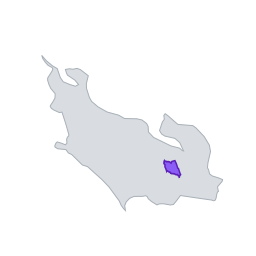 Tilaran, Guanacaste, Costa Rica shown in context, rotated 163°
{"feature_id": "36466004B12916636175246", "entity_name": "Tilaran", "entity_type": "district", "adm_level": 2, "iso_a3": "CRI", "parent_name": "Costa Rica", "parent_adm1": "Guanacaste", "projection": "equal_earth", "projection_center": [-84.874, 10.487], "detail": "fine", "context": "in_parent", "style": "filled", "palette": "violet", "viewbox_px": 256, "rotation_deg": 163, "n_neighbors": 0, "source": "geoboundaries", "source_scale": "gbopen_adm2", "svg_char_len": 3641}
<svg xmlns="http://www.w3.org/2000/svg" viewBox="0 0 256 256"><g transform="rotate(163 128 128)"><path d="M203.4,131.1L203.2,132.3L202.4,133.4L201.3,134.6L199.8,135.4L196.2,133.0L192.7,130.2L190.8,131.5L190.0,135.1L188.7,136.9L187.1,137.7L186.5,138.9L186.3,151.0L186.5,162.5L189.1,162.8L193.6,166.8L195.5,169.1L196.1,171.3L195.5,172.3L192.3,174.9L189.1,178.0L187.6,182.0L190.3,188.4L190.9,192.7L190.9,197.2L190.1,199.4L184.0,204.6L182.6,206.5L182.8,207.8L186.2,211.4L187.8,214.9L189.2,219.1L189.3,222.7L186.3,216.0L182.0,209.5L178.3,205.5L178.0,196.3L176.5,191.2L170.9,186.6L166.1,183.3L162.6,184.0L164.8,189.3L170.4,196.2L170.8,198.8L170.7,202.3L166.8,201.8L163.4,200.3L159.3,199.9L156.5,197.8L150.7,189.6L154.8,182.7L156.1,178.1L156.0,168.6L155.0,164.0L150.5,157.0L143.3,149.4L133.3,143.1L128.6,138.1L116.8,134.2L112.3,131.6L108.9,126.9L108.3,123.5L109.6,118.2L106.3,111.5L92.3,98.4L84.5,93.6L82.8,90.7L81.6,89.8L82.8,98.9L86.2,104.4L95.1,109.5L97.6,112.4L98.6,116.3L93.4,123.7L90.8,125.6L90.0,129.6L88.3,130.8L86.5,128.5L79.3,116.9L65.3,111.3L62.8,107.9L57.6,97.4L55.2,87.7L56.0,81.3L61.8,71.2L63.6,66.9L63.2,64.2L63.4,60.2L61.3,57.4L56.0,53.8L52.6,51.0L53.5,49.5L59.6,45.6L60.0,42.1L60.0,41.0L61.0,40.7L61.8,39.8L62.4,38.8L64.1,35.5L65.5,33.6L67.2,33.3L69.2,34.7L76.9,38.3L85.4,42.3L97.6,48.1L102.6,44.4L106.9,41.6L110.0,42.0L116.5,45.3L120.4,46.3L122.8,46.0L127.0,50.8L129.3,54.4L129.7,56.8L130.9,58.1L134.2,58.4L142.2,60.8L147.0,60.3L151.5,57.7L153.9,54.6L154.6,49.8L155.8,52.2L157.1,56.0L157.7,60.8L163.4,77.1L168.0,86.3L178.0,102.9L182.4,105.9L189.7,119.3L192.3,121.5L193.7,125.5L201.3,128.7L203.4,131.1Z" fill="#d9dde1" stroke="#a8b0b8" stroke-width="1"/><path d="M104.0,79.6L103.7,77.4L103.7,75.2L103.6,75.3L103.4,75.3L103.2,75.4L103.1,75.5L102.9,75.6L102.8,75.4L102.7,75.3L102.7,75.2L102.4,74.9L102.3,74.7L102.2,74.6L102.0,74.4L101.9,74.3L101.6,74.2L101.5,73.9L101.5,73.7L101.4,73.6L101.2,73.6L100.9,73.6L100.8,73.4L100.7,73.3L100.5,73.2L100.5,72.7L100.5,72.3L100.4,72.3L100.2,72.3L100.1,72.2L100.0,71.9L99.9,71.8L99.8,71.7L99.7,71.7L99.4,71.4L99.2,71.3L98.9,71.3L98.7,71.3L98.4,71.4L98.2,71.3L98.1,71.2L98.0,70.9L97.9,70.9L97.7,70.8L97.4,70.8L97.3,70.7L97.2,70.6L96.9,70.6L96.8,70.4L96.7,70.3L96.6,70.2L96.5,69.9L96.4,69.9L96.2,69.8L96.2,69.7L96.0,69.4L95.9,69.4L95.5,69.3L95.4,69.3L95.4,69.2L95.2,69.1L94.9,69.0L94.8,68.9L94.7,68.8L94.7,68.7L94.3,68.6L94.2,68.7L94.1,68.4L94.0,68.2L94.0,67.9L93.9,67.9L93.5,67.6L93.4,67.4L93.4,67.1L93.4,66.9L93.4,66.7L93.4,66.4L93.5,66.3L93.5,66.2L93.5,65.9L93.4,65.9L93.4,66.0L93.3,66.3L93.2,66.3L93.1,66.5L93.1,66.8L93.1,67.0L92.9,67.2L92.5,67.2L92.5,67.3L92.4,67.4L92.3,67.5L92.2,67.5L91.9,67.6L91.7,67.7L91.5,67.8L91.4,67.9L91.5,68.0L91.4,68.3L91.4,68.5L91.5,68.6L91.5,68.8L91.5,69.2L91.5,69.3L91.6,73.0L91.6,74.5L92.2,75.1L92.2,76.5L92.2,79.6L92.7,83.1L95.8,83.2L97.1,81.8L97.3,82.0L97.5,82.2L97.5,82.3L97.6,82.5L97.7,82.8L97.8,82.8L97.9,83.0L98.0,83.2L98.0,83.3L98.3,83.5L98.5,83.6L98.6,83.8L98.9,83.9L99.0,84.0L99.4,84.2L99.5,84.2L99.6,84.3L99.8,84.3L100.1,84.3L100.1,84.2L100.3,84.3L100.6,84.3L100.6,84.5L100.8,84.7L101.1,84.7L101.2,84.8L101.3,84.9L101.3,85.0L101.5,85.1L101.7,85.3L101.8,85.4L102.0,85.4L102.3,85.3L102.3,85.6L102.5,85.7L102.8,85.7L102.8,85.8L102.8,86.0L102.9,85.9L103.0,85.9L103.1,85.7L103.3,85.5L103.3,85.4L103.4,85.2L103.5,84.8L103.5,84.7L103.6,84.4L103.6,84.2L103.8,84.1L104.0,84.0L104.0,83.7L103.9,83.6L103.9,83.4L103.9,83.2L103.8,82.8L103.8,82.7L103.7,82.5L103.6,82.4L103.4,82.3L103.4,82.2L103.4,81.9L103.5,81.7L103.6,81.4L103.6,81.2L103.7,80.9L103.8,80.8L103.8,80.7L104.0,80.3L104.0,80.2L104.0,79.6Z" fill="#8b5cf6" stroke="#5b21b6" stroke-width="1.5"/></g></svg>